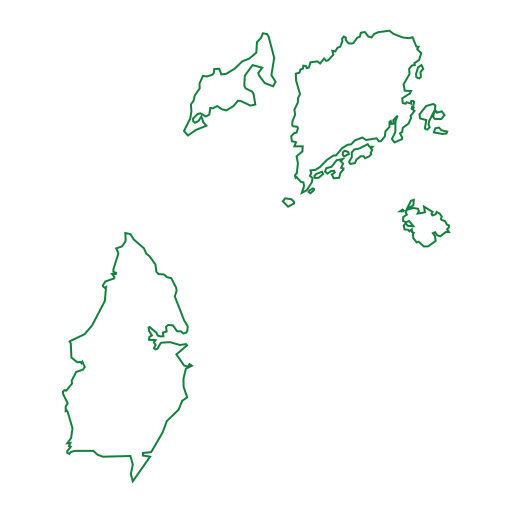 Kudat, Sabah, Malaysia (Natural Earth projection)
{"feature_id": "92858781B15931830971700", "entity_name": "Kudat", "entity_type": "district", "adm_level": 2, "iso_a3": "MYS", "parent_name": "Malaysia", "parent_adm1": "Sabah", "projection": "natural_earth1", "projection_center": [117.119, 7.0], "detail": "fine", "context": "isolated", "style": "outline", "palette": "green", "viewbox_px": 512, "rotation_deg": 0, "n_neighbors": 0, "source": "geoboundaries", "source_scale": "gbopen_adm2", "svg_char_len": 6001}
<svg xmlns="http://www.w3.org/2000/svg" viewBox="0 0 512 512"><path d="M70.7,446.7L67.2,451.3L67.2,452.8L69.4,453.9L70.6,452.1L74.4,450.9L93.3,450.9L97.7,454.8L102.9,456.7L130.4,456.0L132.8,464.5L130.8,474.1L132.8,481.3L150.1,456.7L142.9,455.5L142.9,453.0L151.2,452.1L162.7,432.3L166.8,421.1L178.6,409.7L182.2,400.8L187.2,397.3L183.6,386.9L183.5,378.6L185.9,368.6L191.9,365.8L189.5,364.1L188.1,366.7L184.1,365.5L176.4,354.4L187.0,345.4L186.0,344.1L179.9,345.0L170.2,342.2L162.2,342.6L160.7,343.1L157.4,348.8L155.3,349.4L153.9,348.2L155.6,345.0L153.9,342.3L155.5,340.1L149.0,339.8L149.4,336.9L151.9,335.3L149.1,331.0L148.6,327.5L149.5,327.0L156.4,332.6L157.7,335.6L160.4,336.4L163.4,336.3L163.0,332.6L166.7,331.4L166.0,326.9L168.3,325.0L173.0,325.4L177.1,331.3L180.9,331.3L183.3,333.5L186.3,332.6L187.3,330.9L187.7,326.2L184.1,320.3L174.8,296.5L176.6,290.7L176.1,287.6L171.2,278.1L167.1,277.2L163.8,274.4L158.5,274.1L156.4,271.8L155.4,264.4L149.5,256.2L146.3,253.7L143.9,248.3L133.8,239.5L130.5,234.2L125.3,233.0L125.7,240.3L124.8,242.4L122.0,246.4L116.2,248.4L118.4,253.3L113.4,269.3L113.4,271.8L116.0,272.8L115.8,274.1L112.1,274.0L114.4,277.1L114.1,278.4L105.3,281.5L103.1,284.9L103.0,286.3L104.9,287.9L106.0,287.1L104.9,300.9L92.1,325.4L84.6,334.2L69.6,341.4L70.8,343.5L71.4,357.5L77.3,362.3L80.3,361.9L81.5,363.2L82.3,361.7L84.8,367.0L82.9,369.7L76.1,372.0L71.7,380.7L72.0,383.6L66.2,390.7L64.5,390.1L63.0,391.6L63.1,394.1L67.7,403.2L65.7,406.6L65.7,411.0L66.7,410.4L67.7,412.0L72.5,428.2L71.1,438.0L67.3,443.3L70.4,442.9L69.0,446.1L70.7,446.7ZM402.8,37.5L393.3,33.8L389.5,30.7L378.2,32.2L374.3,33.9L371.4,37.5L368.3,36.5L364.9,32.1L363.4,32.2L360.8,32.8L359.8,36.8L357.3,37.7L353.4,43.1L351.2,43.6L348.4,43.3L345.6,39.7L345.9,37.7L343.9,36.5L342.1,38.7L342.4,41.2L340.3,46.6L337.5,47.8L335.3,51.4L332.4,50.8L333.4,54.6L328.4,60.1L326.3,60.9L324.1,58.5L320.1,63.5L317.5,61.4L310.5,62.3L308.9,67.6L306.6,68.1L306.2,66.1L303.3,65.7L303.0,68.6L300.4,69.5L299.6,72.6L295.8,73.7L296.1,80.6L300.0,94.1L297.9,98.5L297.9,102.4L294.4,109.7L295.1,114.8L292.5,121.0L292.2,124.9L293.2,126.3L297.4,126.8L297.9,128.3L296.6,132.6L294.1,133.1L291.2,136.3L291.9,141.2L296.0,142.2L294.4,146.3L302.7,146.3L302.4,151.4L296.6,156.3L297.9,163.2L296.9,172.9L294.9,175.4L295.6,177.8L296.5,177.0L300.9,181.9L303.4,182.4L304.1,185.9L301.8,192.9L306.9,190.2L311.9,182.1L312.5,178.0L309.9,175.8L311.3,173.2L310.5,170.4L315.6,169.8L320.0,167.0L327.2,159.7L333.3,155.6L336.2,155.3L342.0,148.3L347.4,144.8L351.2,144.3L354.8,140.4L362.4,137.5L366.1,140.0L376.6,138.3L378.8,141.2L380.8,141.2L384.8,136.5L385.5,131.2L389.5,127.0L389.5,121.9L390.7,121.0L391.4,123.9L393.5,123.7L393.3,120.2L397.6,115.6L395.5,121.2L395.3,132.2L391.9,139.0L394.5,142.4L401.9,139.2L402.3,137.8L400.0,133.4L402.2,131.9L402.8,127.8L408.4,123.7L411.1,118.0L410.6,116.0L414.5,110.9L411.6,108.7L412.0,107.3L413.1,108.7L413.8,107.5L413.1,106.6L414.1,101.7L412.9,100.9L411.1,101.2L411.1,103.7L406.7,102.2L405.6,103.7L402.8,103.1L402.2,98.3L409.7,93.6L411.1,91.0L404.7,90.7L403.6,84.3L409.5,74.1L409.2,68.7L411.9,65.5L414.8,65.1L414.4,63.1L419.1,60.0L421.2,53.1L417.2,49.2L418.5,46.8L416.3,46.5L412.5,37.2L408.9,38.2L402.8,37.5ZM271.4,75.2L274.2,57.9L268.7,36.8L267.1,34.1L262.9,33.3L261.1,37.8L257.0,42.1L256.3,52.7L249.4,58.5L242.2,61.4L234.9,68.5L226.4,73.8L221.3,74.4L219.2,68.8L214.2,69.1L213.9,72.8L212.6,74.6L207.0,76.5L202.9,75.9L199.5,83.6L199.7,88.4L194.9,95.3L193.5,100.8L190.9,104.5L191.4,111.4L190.3,118.3L184.0,131.0L187.9,135.5L195.8,130.0L206.4,125.7L203.4,122.5L201.3,116.5L198.5,121.0L194.9,122.8L193.2,121.2L193.0,118.6L197.6,114.1L200.4,113.3L205.9,116.5L209.3,114.6L210.3,108.0L212.8,108.3L217.2,106.1L222.0,109.3L226.4,110.4L233.5,106.1L237.9,100.8L240.4,100.8L250.5,105.6L255.3,104.5L253.5,93.7L252.1,91.6L245.7,88.4L244.3,85.7L244.8,75.7L252.6,65.1L262.2,67.7L258.3,73.0L259.0,75.4L264.8,83.1L273.1,86.3L275.6,81.8L271.4,75.2ZM432.6,212.0L424.0,206.6L425.0,212.2L421.7,213.0L417.6,213.5L418.9,211.2L418.1,208.8L413.2,208.0L407.1,209.7L405.7,212.1L406.8,214.7L403.3,216.9L403.0,220.9L406.1,222.3L409.1,221.0L413.4,226.2L408.0,225.9L405.5,223.4L403.7,225.6L404.5,229.4L408.3,229.8L409.4,231.3L411.8,229.3L412.1,232.2L413.8,232.7L412.9,234.2L413.3,238.1L416.7,242.4L418.8,241.8L423.9,246.5L428.2,246.3L435.7,240.9L434.9,236.0L432.9,233.2L435.1,232.2L437.2,235.3L440.3,236.3L445.8,232.0L449.0,232.1L447.1,229.2L448.9,227.4L449.0,225.5L446.8,224.5L445.1,221.2L441.6,219.9L440.8,218.9L441.8,216.5L439.8,213.8L436.7,211.9L435.5,214.4L432.4,215.4L431.5,213.9L432.6,212.0ZM369.5,146.7L367.7,144.2L359.3,148.5L354.2,149.5L351.7,152.5L351.9,156.9L349.0,162.0L350.4,164.0L354.9,163.1L356.4,159.7L360.6,156.3L363.6,156.2L365.1,158.2L369.3,156.3L371.2,154.3L370.7,152.8L372.2,150.0L370.8,148.4L372.5,146.8L369.5,146.7ZM435.4,105.4L433.3,104.0L426.2,106.0L419.5,114.4L420.1,118.4L426.3,120.1L424.9,128.3L425.6,129.2L427.5,129.5L429.7,127.2L428.5,124.4L429.2,120.9L435.0,109.6L435.4,105.4ZM342.7,159.1L336.6,160.2L331.6,166.8L326.2,168.2L325.0,171.5L327.5,173.6L331.1,171.0L334.1,170.8L334.8,172.4L331.8,174.5L333.8,178.3L339.1,177.8L340.4,173.1L343.4,169.5L343.5,168.4L341.1,167.8L343.1,163.6L340.7,161.2L342.7,159.1ZM437.1,112.7L436.4,111.3L435.1,111.7L433.5,114.2L433.3,117.0L434.7,118.9L441.3,119.1L444.5,115.0L441.8,111.3L437.1,112.7ZM291.5,199.3L285.2,198.3L282.8,201.3L288.1,206.7L294.0,203.5L294.0,201.8L291.5,199.3ZM419.1,78.5L420.9,77.0L420.5,72.0L423.3,68.9L421.4,65.1L418.1,67.3L416.0,74.0L416.4,77.2L419.1,78.5ZM439.0,127.6L435.3,128.3L433.9,132.4L442.6,134.0L446.4,133.5L447.2,131.6L441.4,130.3L439.0,127.6ZM413.8,199.9L411.0,200.7L407.0,208.7L413.3,205.4L413.8,199.9ZM323.1,174.0L322.1,171.7L316.2,174.0L314.4,176.1L314.9,177.9L318.6,177.8L323.1,174.0ZM344.0,156.4L348.9,154.0L348.1,151.9L344.6,150.8L342.9,152.4L342.7,154.8L344.0,156.4ZM310.4,193.3L313.9,190.2L314.0,189.1L312.8,188.4L309.6,190.4L308.6,191.9L310.4,193.3ZM400.0,211.3L403.0,211.4L403.7,210.7L402.5,209.6L400.0,211.3Z" fill="none" stroke="#15803d" stroke-width="2"/></svg>